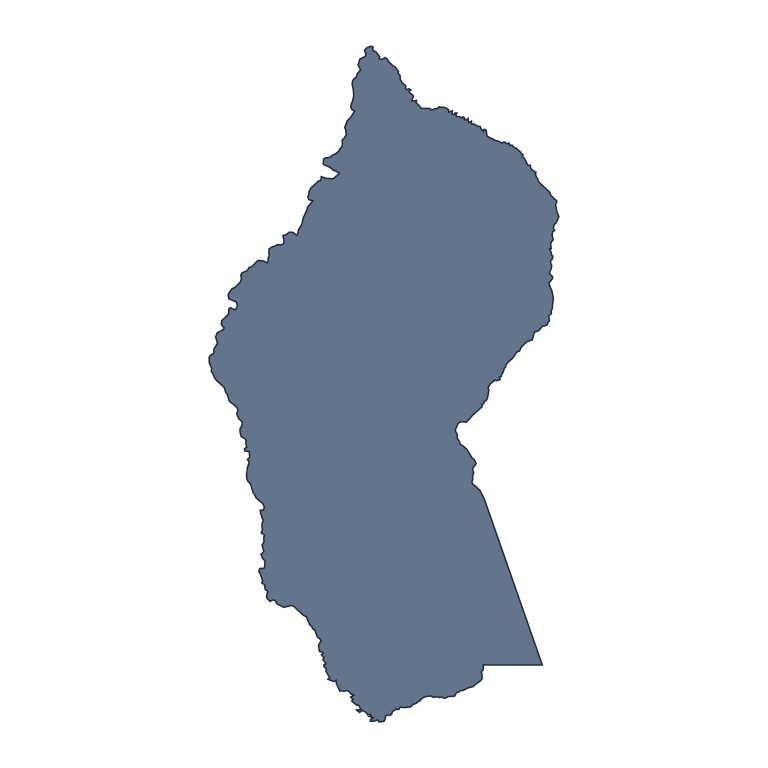 Santa Filomena, Piauí, Brazil
{"feature_id": "56859067B19704876429785", "entity_name": "Santa Filomena", "entity_type": "district", "adm_level": 2, "iso_a3": "BRA", "parent_name": "Brazil", "parent_adm1": "Piauí", "projection": "albers", "projection_center": [-45.687, -8.973], "detail": "fine", "context": "isolated", "style": "filled", "palette": "slate", "viewbox_px": 768, "rotation_deg": 0, "n_neighbors": 0, "source": "geoboundaries", "source_scale": "gbopen_adm2", "svg_char_len": 6088}
<svg xmlns="http://www.w3.org/2000/svg" viewBox="0 0 768 768"><path d="M328.0,679.3L333.5,681.5L336.2,680.3L336.1,682.8L339.8,691.1L342.2,690.8L344.2,691.4L346.3,690.6L348.6,691.1L351.0,694.0L353.8,695.2L350.6,697.1L353.1,699.4L351.6,701.0L356.8,705.4L358.6,705.1L360.9,709.4L356.5,710.0L359.6,712.4L362.7,710.4L365.9,712.5L367.9,715.0L370.3,714.4L371.4,715.9L369.4,716.5L373.1,717.7L370.4,719.6L370.4,721.4L374.0,721.2L377.9,719.9L378.7,721.9L381.7,721.7L383.8,721.4L384.9,719.8L385.6,716.2L387.1,714.8L388.9,715.4L390.9,714.9L391.9,713.7L392.3,711.8L395.8,709.3L398.7,709.5L400.0,707.5L402.1,707.2L404.2,707.7L410.9,706.8L412.9,704.5L416.2,703.4L418.2,701.5L419.8,701.0L422.2,698.2L426.1,696.5L431.0,696.0L432.5,697.0L434.3,697.2L436.9,696.7L439.3,697.5L441.8,697.0L444.1,698.3L446.2,697.8L448.2,696.6L454.5,696.2L456.7,692.5L459.3,691.8L460.8,690.6L463.3,690.4L467.6,688.1L473.3,686.5L474.8,684.9L480.7,680.7L482.1,678.9L482.0,673.9L481.2,671.7L483.1,670.1L483.3,665.0L542.3,665.0L484.4,499.2L480.1,490.6L475.3,486.0L473.0,484.6L471.8,481.6L472.7,479.9L472.6,476.1L473.7,472.7L472.6,469.9L472.9,468.0L476.1,463.8L475.2,461.2L474.1,459.5L472.0,457.8L466.9,449.4L462.8,445.7L460.5,444.4L458.7,440.2L457.1,438.2L457.4,434.3L455.9,432.1L455.3,429.9L458.0,423.7L459.4,422.4L462.1,421.7L466.4,422.2L472.6,415.3L482.3,406.5L481.8,404.7L483.8,403.6L484.0,401.7L486.3,400.3L487.5,398.2L488.9,390.0L488.1,388.2L489.0,385.8L490.8,383.5L494.2,380.5L497.6,380.6L500.1,379.5L499.4,377.4L501.3,376.4L501.8,374.1L503.3,372.0L504.1,368.7L505.5,367.2L506.1,364.6L507.9,362.4L512.6,358.3L516.8,352.1L519.5,351.1L521.2,347.3L523.9,344.5L527.1,341.6L532.3,339.9L534.3,332.3L538.5,330.9L542.6,326.1L544.9,325.9L547.2,324.8L548.1,322.3L549.5,320.9L548.7,316.2L551.5,313.6L551.2,311.2L552.5,308.0L552.4,305.7L553.4,298.2L551.8,290.6L549.8,286.2L549.1,282.8L552.7,278.3L552.5,276.4L550.9,275.2L549.4,272.8L551.1,269.1L551.8,265.5L550.7,263.2L550.7,260.4L552.3,259.3L552.9,256.3L551.6,255.0L551.3,252.5L549.6,248.9L551.3,248.7L550.6,244.0L551.6,241.7L553.2,239.9L552.0,234.6L552.8,231.7L554.6,230.5L553.6,228.6L553.6,226.7L554.4,224.6L556.3,222.6L558.9,216.7L556.9,211.7L555.5,204.3L556.9,201.7L556.1,200.1L554.5,199.2L553.4,197.7L550.8,195.5L549.7,192.2L539.6,182.8L538.1,180.6L537.8,178.7L536.4,177.0L535.3,173.8L536.1,172.3L533.6,171.1L530.9,168.7L530.3,165.4L527.6,164.8L524.5,158.4L522.3,156.5L523.1,154.8L521.4,153.7L520.4,151.9L516.6,148.6L513.3,146.9L512.0,145.0L509.8,145.5L508.9,143.0L507.2,143.8L504.3,141.9L501.7,143.0L497.7,140.9L495.0,140.4L492.9,139.0L489.1,137.3L486.9,135.8L486.3,130.3L484.1,129.2L483.3,131.3L480.9,128.6L480.2,126.4L477.6,126.3L474.2,124.0L471.6,124.2L471.5,121.1L468.6,122.6L468.0,118.4L466.3,120.0L464.3,119.7L464.6,117.9L462.9,116.7L461.5,118.1L459.5,116.6L456.9,116.6L455.7,115.0L457.0,113.1L455.1,112.9L453.7,114.6L452.0,113.9L452.4,110.8L448.7,112.1L448.6,109.7L446.7,108.3L444.0,107.2L441.4,107.4L439.1,106.8L436.8,108.7L433.7,109.0L432.0,110.2L429.6,108.4L421.1,108.4L419.6,106.0L416.0,102.7L416.6,100.4L411.7,101.0L413.5,96.4L412.7,94.9L409.6,92.9L409.2,91.1L410.9,90.0L409.1,88.8L406.9,89.6L405.4,88.4L405.9,85.8L401.9,82.5L400.0,78.8L400.4,77.2L399.7,74.9L398.2,73.5L398.5,71.1L396.9,69.6L395.6,67.3L392.1,65.0L388.3,61.2L387.4,59.0L384.7,57.5L382.9,59.1L381.0,59.4L379.2,58.7L379.7,56.9L375.8,51.6L373.8,51.0L372.6,49.7L373.2,47.2L370.9,46.1L366.4,48.1L364.5,50.4L366.0,54.9L365.0,56.5L359.8,59.1L358.0,65.2L360.6,70.0L357.3,73.6L356.2,77.2L354.1,78.7L352.6,80.8L352.1,83.9L353.3,89.7L353.7,95.9L352.3,101.9L351.3,103.9L350.8,107.9L352.2,109.7L354.5,111.2L350.7,117.4L347.2,120.8L344.7,127.5L345.8,129.8L345.8,132.5L346.4,134.6L343.8,138.6L342.1,140.1L342.4,143.8L341.9,146.6L339.6,149.3L339.0,150.9L335.5,153.9L333.3,154.6L329.7,157.4L325.3,157.9L323.7,159.1L323.1,163.9L324.6,165.1L330.1,167.4L332.3,169.6L337.8,172.2L339.4,173.6L333.0,178.7L325.8,178.3L321.3,176.6L320.9,180.4L318.3,181.1L311.0,187.9L309.1,191.5L308.7,195.1L307.8,196.8L308.7,199.6L312.8,200.8L307.8,206.6L306.7,210.5L303.3,217.5L301.9,224.0L298.3,230.2L298.2,233.4L296.5,235.0L293.0,232.4L289.4,232.1L286.4,234.5L282.9,235.7L283.8,239.8L284.0,243.4L281.2,244.9L277.3,244.6L275.3,245.9L271.4,247.2L268.8,249.4L269.1,255.9L268.0,258.3L268.3,261.0L267.3,262.9L263.7,261.0L258.4,260.4L256.5,261.7L252.7,265.9L250.8,267.1L249.1,267.4L247.1,270.8L242.3,272.6L240.8,275.1L241.4,279.1L240.4,281.9L234.9,287.5L232.2,288.5L228.6,293.5L228.1,295.2L228.8,298.8L236.3,302.0L237.3,305.4L236.8,307.6L235.0,309.9L230.4,307.7L228.8,308.8L228.8,313.2L226.8,316.0L221.9,320.4L221.2,323.8L222.5,326.3L224.2,327.8L223.2,329.7L217.1,332.9L215.5,337.2L216.8,340.4L217.3,343.7L213.8,349.2L213.9,353.1L210.3,355.4L209.1,357.3L209.3,363.2L211.3,367.2L211.6,368.9L211.2,371.4L212.5,373.0L214.7,378.2L216.7,380.7L224.0,387.1L225.8,392.4L227.6,395.0L229.0,400.4L230.0,402.0L232.8,403.9L237.6,408.2L237.6,410.9L236.8,413.9L238.2,417.8L239.2,419.2L241.6,421.2L242.4,423.1L241.8,425.8L240.0,428.7L240.2,432.9L241.2,436.6L245.2,438.9L246.1,440.3L245.7,443.7L246.8,447.0L244.4,448.8L244.8,450.9L249.2,451.6L249.7,457.2L247.4,459.5L248.8,461.4L249.1,463.0L247.4,467.4L247.1,471.7L246.4,473.8L246.8,478.8L248.0,481.3L250.7,484.4L253.0,492.4L254.3,494.0L256.2,498.1L262.6,503.4L264.4,507.0L263.3,510.0L260.2,510.2L260.5,513.3L261.5,515.1L261.8,517.5L263.5,520.5L262.2,523.0L261.9,525.5L262.4,530.1L261.1,532.9L264.6,535.3L263.6,537.7L264.1,541.7L262.0,545.1L263.8,551.2L262.4,553.1L260.9,554.2L262.6,558.4L264.9,560.9L264.9,563.1L264.4,567.9L262.8,568.6L261.0,568.1L259.3,569.1L258.9,572.0L260.3,573.8L262.7,581.1L261.6,582.8L264.4,584.6L265.3,589.7L267.9,591.4L266.7,594.9L266.7,597.9L270.1,601.5L272.5,600.0L274.9,600.2L276.8,603.8L283.9,607.3L291.4,605.5L293.1,605.8L303.6,615.5L306.3,616.7L309.7,624.9L311.7,626.1L312.5,628.7L314.3,629.8L315.2,631.2L317.3,637.0L319.8,638.9L321.2,640.9L320.1,642.2L318.5,645.6L319.4,651.5L322.2,652.0L323.2,653.7L321.4,654.9L323.9,657.4L322.9,659.6L326.0,663.9L323.6,665.1L324.3,667.2L326.3,668.3L325.9,671.2L329.6,677.6L328.0,679.3Z" fill="#64748b" stroke="#1e293b" stroke-width="1.5"/></svg>